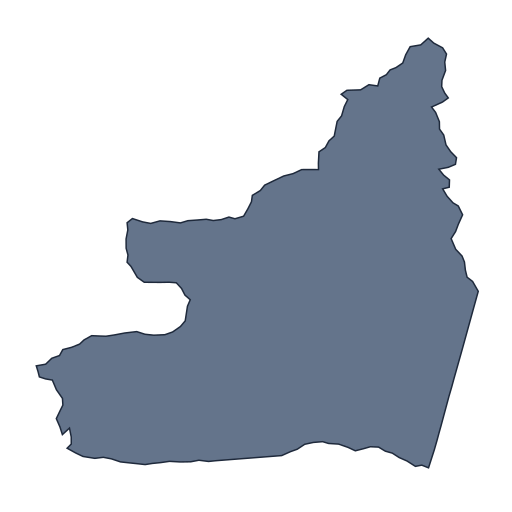 the district of Contenda, Paraná, Brazil, rotated 269°
{"feature_id": "56859067B27721261904697", "entity_name": "Contenda", "entity_type": "district", "adm_level": 2, "iso_a3": "BRA", "parent_name": "Brazil", "parent_adm1": "Paraná", "projection": "mercator", "projection_center": [-49.513, -25.7], "detail": "fine", "context": "isolated", "style": "filled", "palette": "slate", "viewbox_px": 512, "rotation_deg": 269, "n_neighbors": 0, "source": "geoboundaries", "source_scale": "gbopen_adm2", "svg_char_len": 2336}
<svg xmlns="http://www.w3.org/2000/svg" viewBox="0 0 512 512"><g transform="rotate(269 256 256)"><path d="M96.9,53.5L88.5,57.0L80.8,59.3L87.2,66.5L78.3,68.1L71.2,68.0L67.1,63.8L62.2,72.3L58.6,79.5L56.5,91.3L57.4,99.8L55.7,107.9L52.5,116.9L51.4,125.6L50.2,135.4L49.4,141.5L50.4,148.6L51.1,157.1L52.2,165.9L51.4,176.9L51.4,187.2L52.8,195.3L51.4,205.0L52.0,211.8L56.0,278.2L59.8,287.1L62.1,293.9L66.9,301.4L68.6,310.1L69.2,319.4L67.3,325.3L66.5,335.3L63.0,344.8L59.5,351.9L61.5,360.3L63.3,367.0L62.8,375.2L58.6,381.9L56.5,388.9L52.0,395.6L48.4,403.4L42.9,411.7L44.0,418.1L41.2,424.8L59.1,430.9L68.6,433.8L75.9,435.9L82.9,438.0L112.4,446.5L121.7,449.4L129.6,451.7L156.2,459.7L164.3,462.1L199.6,472.5L216.8,477.6L226.8,472.1L231.1,466.7L238.2,465.1L246.4,464.3L252.4,462.0L259.2,455.8L270.0,451.4L277.0,456.0L284.3,458.9L293.6,463.3L302.5,459.1L305.7,453.9L312.4,448.1L319.9,443.8L321.4,450.4L328.7,450.8L333.6,445.0L339.6,440.3L341.3,449.8L344.2,457.0L350.8,458.2L357.0,452.4L363.8,447.9L373.7,445.8L379.7,441.7L387.1,441.7L396.4,438.1L401.9,434.1L406.7,445.2L410.7,451.0L415.7,447.5L422.1,444.6L428.5,445.0L438.2,448.8L446.6,448.1L454.6,450.0L460.9,446.2L465.8,437.4L470.8,432.0L464.2,424.4L462.6,413.8L454.6,409.2L446.4,406.1L441.9,399.2L439.7,393.3L435.0,389.5L431.7,382.9L423.9,380.7L425.3,371.9L420.3,363.5L420.1,349.8L416.2,344.0L410.8,350.5L403.9,346.9L394.6,344.0L389.2,339.5L374.5,336.3L369.9,331.0L363.2,327.2L359.1,320.8L347.7,320.0L341.3,320.0L341.5,311.1L341.6,303.2L337.7,294.5L335.5,285.1L330.5,274.1L326.7,265.9L321.4,261.5L316.7,253.4L310.3,252.4L303.3,248.7L296.0,244.3L293.6,235.6L295.4,229.6L293.0,221.9L292.2,213.9L293.6,206.9L293.0,198.0L292.5,188.5L290.4,181.0L291.9,171.1L292.8,160.6L290.4,151.3L292.1,143.2L295.6,133.1L291.5,127.7L284.3,128.3L275.3,126.4L266.0,126.3L259.2,128.0L252.0,127.0L247.8,130.8L236.7,137.0L231.7,143.8L231.3,159.7L231.3,168.8L230.6,175.9L224.8,181.0L218.1,184.3L213.4,189.5L207.0,186.6L198.8,185.2L192.4,184.1L186.8,179.2L181.5,171.3L178.9,163.5L178.6,152.5L179.7,143.6L182.5,135.4L181.3,123.4L179.5,112.8L178.4,104.6L178.7,98.5L179.2,90.3L175.1,82.6L171.0,78.1L167.9,70.0L165.8,61.2L159.9,57.8L157.3,50.0L151.5,43.8L150.0,34.4L144.1,36.1L138.9,37.3L136.8,43.4L135.5,50.2L125.8,54.1L117.0,60.0L110.3,60.3L105.1,57.6L96.9,53.5Z" fill="#64748b" stroke="#1e293b" stroke-width="1.5"/></g></svg>